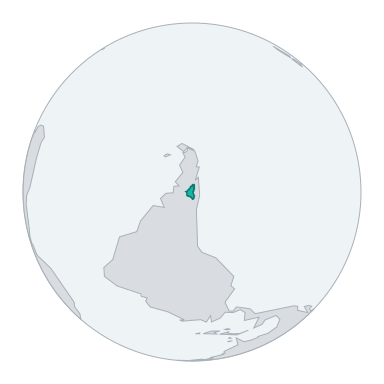 Neuquén highlighted on a globe, orthographic projection, rotated 173°
{"feature_id": "ARG-1276", "entity_name": "Neuquén", "entity_type": "Province", "adm_level": 1, "iso_a3": "ARG", "parent_name": "Argentina", "parent_adm1": "", "projection": "orthographic", "projection_center": [-70.544, -38.612], "detail": "fine", "context": "on_globe", "style": "filled", "palette": "teal", "viewbox_px": 384, "rotation_deg": 173, "n_neighbors": 0, "source": "natural_earth", "source_scale": "10m", "svg_char_len": 5343}
<svg xmlns="http://www.w3.org/2000/svg" viewBox="0 0 384 384"><g transform="rotate(173 192 192)"><circle cx="192" cy="192" r="169" fill="#eef3f6" stroke="#a8b0b8"/><path d="M213.7,24.4L211.7,24.2L199.8,23.3L190.9,23.6L202.6,23.5L204.4,24.1L207.1,24.5L210.4,24.7L212.1,24.6L213.9,25.1L203.1,24.9L201.2,24.5L204.7,24.4L199.1,24.2L191.8,24.8L193.3,25.5L180.7,27.0L181.6,27.6L179.3,28.6L178.7,27.3L179.6,29.8L165.0,34.8L165.9,41.8L158.7,37.1L152.2,37.7L144.3,39.5L144.3,40.5L133.9,42.5L124.3,47.7L120.3,55.0L123.5,59.2L135.1,56.1L138.7,52.0L147.3,49.5L140.7,59.6L155.7,58.1L154.0,65.9L158.3,69.4L165.9,67.3L173.7,68.6L179.4,63.4L188.5,60.6L188.6,67.1L193.7,61.1L198.8,64.2L217.0,65.0L215.6,66.4L230.9,76.2L247.5,83.0L251.3,89.3L249.4,92.3L255.1,94.7L255.2,97.1L277.8,107.9L289.2,118.9L288.7,127.8L278.9,134.6L269.4,156.3L251.6,159.4L246.7,169.4L232.2,183.3L221.4,180.1L224.1,189.4L217.9,193.9L210.8,193.5L209.3,199.9L204.0,199.6L207.4,204.2L198.7,212.5L201.0,220.2L194.6,227.5L196.3,232.2L194.0,232.0L191.5,233.7L191.2,236.4L184.1,232.1L182.2,221.8L184.8,216.6L181.7,215.9L187.3,203.2L183.9,205.8L184.8,187.8L189.8,173.8L193.1,137.4L189.4,130.8L176.4,123.8L160.8,103.1L164.9,94.2L161.5,90.7L172.7,78.6L169.8,69.5L165.9,68.6L161.9,72.5L148.6,69.0L144.1,63.5L104.7,66.6L101.0,65.7L101.6,61.7L91.8,58.2L94.5,64.6L90.0,65.2L87.1,64.0L89.6,61.8L88.8,59.4L85.3,61.3L86.6,60.0L96.5,52.6L106.9,46.0L117.7,40.2L129.0,35.2L140.6,31.0L152.5,27.7L164.5,25.3L176.8,23.7L189.1,23.1L201.4,23.3L213.7,24.4ZM164.8,44.7L182.0,47.5L172.1,48.8L174.0,47.8L169.7,46.4L161.6,45.7L152.9,48.0L164.8,44.7ZM172.9,39.4L169.9,39.4L172.8,39.1L172.9,39.4ZM196.0,241.4L184.7,233.7L191.0,237.0L195.4,233.0L201.3,239.1L196.0,241.4ZM208.9,231.6L214.0,230.0L215.3,231.5L212.0,232.9L208.9,231.6ZM345.2,263.2L345.3,262.9L340.2,272.5L340.2,270.9L336.9,275.5L334.1,276.9L331.3,275.4L331.8,264.4L335.8,259.4L342.0,245.2L352.4,216.1L356.4,209.1L358.1,200.4L358.0,175.1L358.3,167.3L357.3,161.0L355.8,157.5L354.1,150.2L352.8,147.4L341.5,133.5L335.5,122.1L322.4,96.9L322.6,92.6L318.1,84.7L317.8,79.2L325.7,88.6L332.8,98.7L339.3,109.2L344.9,120.1L349.7,131.4L353.7,143.1L356.9,155.0L359.1,167.1L360.5,179.3L361.0,191.6L360.5,203.9L359.2,216.1L357.0,228.3L353.9,240.2L350.0,251.8L345.2,263.2ZM322.5,84.8L324.0,86.7L322.5,84.8ZM217.6,65.0L219.8,66.5L216.9,66.2L217.6,65.0ZM170.6,51.1L174.3,50.9L176.2,51.6L173.3,52.1L170.6,51.1ZM201.6,50.3L205.9,50.9L201.4,51.2L201.6,50.3ZM184.7,48.0L198.2,50.0L189.6,51.6L181.1,50.6L187.0,49.9L184.7,48.0ZM171.0,42.1L173.3,42.2L172.5,43.1L171.0,42.1ZM175.0,39.2L174.1,39.4L173.0,38.8L175.0,39.2ZM205.0,24.1L205.9,24.2L209.3,24.5L207.7,24.5L205.0,24.1ZM218.2,25.1L217.9,25.1L224.3,26.2L226.8,27.0L223.9,26.2L222.2,26.1L213.9,24.7L217.3,24.9L218.2,25.1ZM204.1,23.5L208.8,24.0L203.4,23.5L204.1,23.5ZM264.6,344.0L261.0,345.6L263.2,344.4L264.6,344.0ZM78.7,315.1L78.0,313.4L82.8,317.2L89.0,322.2L93.7,326.8L78.7,315.1ZM74.5,311.2L70.1,307.2L67.3,305.4L69.2,306.2L67.1,302.5L76.9,312.1L74.5,311.2Z" fill="#d9dde1" stroke="#a8b0b8" stroke-width="1"/><path d="M192.1,184.8L192.2,184.7L192.3,184.7L192.4,184.8L192.4,185.0L192.4,185.3L192.5,185.4L192.7,185.6L192.8,185.7L192.8,185.9L192.9,186.0L193.1,186.1L193.2,186.3L193.3,186.3L193.4,186.5L193.5,186.6L193.7,186.8L193.8,186.9L193.8,187.0L193.7,187.2L193.7,187.3L193.9,187.5L194.0,187.6L194.3,187.7L194.4,187.8L194.5,187.8L194.9,187.7L195.0,187.7L195.2,187.8L195.3,187.8L195.5,188.0L195.6,188.3L195.8,188.4L196.2,188.4L196.3,188.5L196.5,188.5L196.8,188.6L196.9,188.8L197.4,189.0L197.3,192.2L197.3,192.3L197.4,192.5L197.7,192.9L197.7,193.0L197.8,193.1L197.7,193.1L197.8,193.1L197.6,193.2L197.4,193.2L197.2,193.2L196.9,193.2L196.7,193.4L196.7,193.5L196.4,193.6L196.3,193.8L196.2,193.9L196.1,194.0L195.9,194.2L195.9,194.3L195.7,194.4L195.6,194.6L195.4,194.7L195.2,194.7L195.1,194.8L194.9,194.9L194.9,195.0L194.7,195.3L194.4,195.5L194.1,195.6L193.4,195.9L193.3,196.0L193.2,196.3L193.2,196.6L193.1,196.8L193.1,197.0L193.0,197.3L192.9,197.5L192.7,197.7L192.3,197.8L192.2,197.8L192.1,197.7L191.9,197.6L191.8,197.8L191.7,197.8L191.4,197.8L191.2,197.9L191.0,198.0L190.9,198.2L190.8,198.3L190.7,198.3L190.7,198.5L190.8,198.6L190.9,198.8L190.7,199.1L190.5,199.3L190.4,199.3L190.2,199.3L189.8,199.1L189.7,199.1L189.4,199.1L189.1,199.1L189.1,198.9L189.0,198.6L188.9,198.6L188.8,198.2L189.0,198.0L189.1,197.9L189.0,197.7L189.2,197.4L189.3,197.3L189.5,197.1L189.4,197.0L189.4,196.9L189.4,197.0L189.2,196.9L189.1,196.7L189.1,196.4L189.3,196.4L189.5,196.3L189.4,196.2L189.5,196.1L189.6,195.9L189.5,195.7L189.4,195.7L189.4,195.4L189.4,195.2L189.3,194.9L189.5,194.9L189.6,195.0L189.8,195.0L189.8,194.9L189.7,194.7L189.8,194.6L189.9,194.4L189.9,194.2L190.0,194.2L190.0,193.8L190.0,193.4L190.0,193.2L190.0,192.9L190.3,192.7L190.6,192.6L190.8,192.4L191.0,192.4L191.2,192.2L191.3,192.0L191.3,191.9L191.2,191.7L191.0,191.4L190.9,191.0L190.9,190.9L190.9,190.7L190.9,190.4L190.8,190.2L190.7,190.0L190.7,189.9L190.6,189.7L190.5,189.3L190.5,189.2L190.6,188.9L190.7,188.7L190.5,188.4L190.5,188.2L190.4,188.1L190.5,188.1L190.6,187.9L190.6,187.7L190.6,187.4L190.5,187.2L190.4,187.2L190.5,187.2L190.6,186.9L190.5,186.7L190.6,186.4L190.8,186.3L190.8,186.1L190.8,185.8L190.8,185.7L191.0,185.7L191.3,185.5L191.6,185.5L191.6,185.4L191.6,185.2L191.8,184.9L191.9,184.7L192.0,184.7L192.1,184.8Z" fill="#14b8a6" stroke="#0f766e" stroke-width="1.5"/></g></svg>